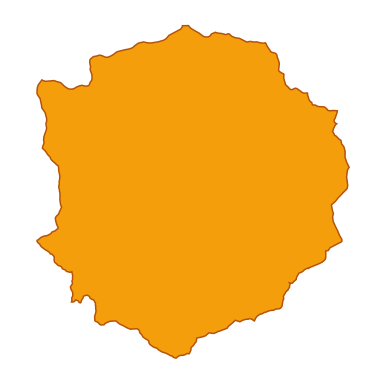 Tseza, Daga, Bhutan (Natural Earth projection), rotated 91°
{"feature_id": "84629894B57914849969567", "entity_name": "Tseza", "entity_type": "district", "adm_level": 2, "iso_a3": "BTN", "parent_name": "Bhutan", "parent_adm1": "Daga", "projection": "natural_earth1", "projection_center": [89.809, 27.158], "detail": "fine", "context": "isolated", "style": "filled", "palette": "amber", "viewbox_px": 384, "rotation_deg": 91, "n_neighbors": 0, "source": "geoboundaries", "source_scale": "gbopen_adm2", "svg_char_len": 5912}
<svg xmlns="http://www.w3.org/2000/svg" viewBox="0 0 384 384"><g transform="rotate(91 192 192)"><path d="M57.7,289.6L58.3,292.7L58.7,293.4L61.2,296.2L63.7,296.6L67.1,296.0L68.6,295.5L70.5,296.0L72.1,295.8L76.4,294.1L77.7,294.1L79.2,293.9L82.0,294.2L84.1,295.7L87.0,296.8L87.7,297.9L88.0,299.2L87.8,301.6L87.2,304.0L88.0,306.8L89.3,309.6L90.9,312.2L91.3,314.9L91.0,317.5L88.6,321.3L85.1,325.0L84.5,326.7L83.9,329.3L83.0,331.9L83.9,340.3L83.1,343.1L82.5,344.0L87.6,347.6L90.1,348.4L93.1,348.7L96.3,348.7L98.3,347.6L101.3,345.5L107.8,344.0L110.6,343.6L113.3,341.6L114.7,340.6L116.4,339.8L117.8,339.6L120.2,338.8L121.6,338.6L124.2,338.6L126.2,339.3L130.4,338.5L132.2,338.7L139.5,341.1L142.8,341.3L144.9,340.8L145.9,340.9L149.3,342.1L151.0,342.3L152.8,340.1L154.5,338.7L157.1,337.0L159.7,334.4L161.0,334.0L162.6,332.9L165.3,329.7L167.2,327.7L168.5,326.0L173.2,325.6L176.9,324.7L179.3,324.4L182.3,324.7L184.4,325.1L185.8,324.8L186.9,324.9L187.7,325.3L190.2,325.2L191.4,324.8L192.9,324.5L193.9,324.5L195.4,324.0L200.6,323.9L201.9,324.0L207.4,323.1L209.3,322.1L216.6,325.2L218.7,327.3L220.4,328.2L223.2,327.8L227.2,326.6L228.8,325.7L230.1,325.2L230.8,325.3L232.1,327.0L233.1,328.0L234.5,331.3L236.0,332.4L237.3,334.5L238.3,336.7L238.6,339.0L239.9,342.0L242.7,345.3L243.0,346.0L244.0,346.1L245.8,344.8L246.8,343.3L248.3,342.6L249.7,341.3L252.2,337.8L254.2,334.3L255.2,333.3L256.1,332.8L256.5,332.1L256.6,330.9L258.8,328.9L259.6,328.6L260.7,328.7L262.8,328.6L264.3,328.3L264.9,327.8L265.8,326.6L267.8,324.6L268.2,323.0L269.0,321.3L271.0,320.2L271.6,318.9L272.1,317.3L273.0,316.7L273.7,315.8L273.9,314.3L274.4,313.0L274.2,311.5L273.8,310.8L278.0,309.8L279.7,310.0L281.4,309.9L281.9,310.0L283.1,310.5L285.0,310.0L285.6,310.0L286.4,310.3L288.4,311.6L289.0,311.8L289.5,311.8L291.6,311.2L293.0,310.3L294.6,309.6L296.4,309.4L297.6,309.5L298.4,309.5L299.3,310.1L300.2,310.4L302.6,310.2L304.1,310.6L304.1,309.3L303.7,307.9L303.3,307.4L302.9,307.1L302.3,307.0L302.0,306.7L302.0,306.2L302.3,305.2L302.8,304.1L303.3,303.5L304.2,303.1L304.5,302.8L304.8,301.7L304.5,301.3L304.1,301.0L302.9,300.8L301.4,300.2L300.7,299.6L299.9,299.1L298.2,298.7L297.8,298.2L297.3,296.4L296.9,295.6L297.7,293.5L298.3,292.8L298.8,292.5L299.7,292.2L300.0,291.9L300.5,291.1L301.1,290.2L301.5,288.6L301.9,288.3L303.1,287.6L304.3,286.8L305.2,286.6L305.6,286.6L307.7,286.5L308.1,286.2L308.6,286.2L309.8,286.3L311.3,286.1L311.8,285.9L312.5,285.9L314.6,286.2L318.1,287.2L322.3,286.9L322.6,286.6L323.2,285.7L323.7,284.2L324.0,283.8L325.7,282.2L326.2,281.6L326.5,280.7L326.5,279.6L326.3,277.6L324.8,276.4L323.6,273.9L322.7,271.8L322.6,270.3L322.3,267.7L322.4,265.6L324.8,262.8L325.9,260.7L326.7,258.8L329.3,253.8L330.4,250.7L329.9,249.2L330.0,247.8L329.7,245.2L330.1,243.6L331.6,242.2L333.7,241.7L335.9,239.5L336.8,239.1L337.9,238.4L339.8,235.7L340.9,233.4L341.9,232.7L344.0,232.2L345.1,231.5L347.4,228.3L348.3,226.3L348.6,224.6L350.4,222.7L352.5,219.1L353.6,215.3L355.2,212.0L356.0,210.8L356.4,208.7L357.5,207.9L358.3,205.8L358.2,204.6L356.9,203.5L356.2,202.4L355.5,200.3L355.5,198.2L354.5,195.4L353.5,194.4L353.9,192.2L352.2,191.2L350.0,190.3L348.5,190.3L347.4,190.0L345.5,188.0L344.1,187.1L342.8,186.4L342.5,185.7L340.7,185.0L338.0,184.8L336.5,178.5L335.5,175.9L334.0,174.3L332.5,172.4L332.5,171.6L332.8,170.4L333.1,168.0L332.1,165.4L330.9,163.3L330.5,161.7L327.6,154.5L325.5,153.1L322.3,149.3L319.5,146.5L320.9,141.8L319.3,139.0L318.2,135.3L318.3,133.8L317.6,132.3L318.1,130.0L319.7,127.8L319.8,127.3L317.3,126.3L315.1,124.8L312.8,121.4L312.7,120.1L311.3,117.8L310.6,115.4L309.7,113.5L309.1,111.4L308.8,108.3L308.2,107.4L307.5,105.6L307.3,103.1L306.7,101.5L304.6,100.0L298.9,99.2L297.2,98.4L294.5,98.8L291.0,96.7L290.2,96.5L288.9,95.0L288.5,94.5L287.0,93.8L285.6,92.8L284.2,92.8L281.8,92.3L281.2,92.8L281.6,91.3L281.3,89.9L279.5,88.3L277.7,86.3L276.4,86.1L275.1,85.8L273.5,84.9L271.4,83.8L270.5,81.7L269.6,80.0L267.5,77.9L266.9,76.6L265.8,74.1L266.2,73.9L265.5,73.1L261.5,63.8L259.8,60.5L257.3,57.8L255.7,57.2L251.9,57.1L250.2,57.2L249.1,57.4L248.6,57.2L248.6,56.8L248.1,54.7L245.7,53.3L244.8,52.1L243.5,49.5L242.6,48.0L239.4,42.0L238.4,41.2L236.5,41.4L233.5,43.4L228.3,45.7L224.3,47.8L218.8,50.4L214.1,51.0L211.2,50.2L207.6,51.4L202.4,52.4L198.9,48.5L195.2,45.7L185.9,37.0L182.7,36.4L174.3,37.7L167.1,36.9L164.6,35.3L159.6,37.9L154.6,39.6L148.8,39.6L144.5,40.8L143.1,41.7L141.4,43.2L137.7,44.0L136.3,46.3L133.7,48.7L132.7,50.5L131.5,50.9L129.1,52.5L128.4,52.1L126.4,51.7L122.6,49.9L121.5,48.9L121.3,48.5L120.5,49.9L119.3,51.0L117.5,51.2L116.0,50.3L112.2,49.0L110.1,48.4L108.3,48.1L108.1,50.2L108.1,53.1L108.4,55.2L108.1,57.4L106.3,58.9L104.8,60.8L104.4,63.0L104.5,64.6L104.4,66.6L104.1,68.1L103.3,69.5L102.9,70.5L102.9,72.6L102.2,73.3L101.4,73.6L100.3,73.9L99.9,74.6L99.0,75.8L96.9,76.9L95.0,77.4L93.3,78.1L91.6,78.1L90.9,78.6L91.2,80.7L91.1,82.1L90.6,83.5L89.0,85.6L86.7,89.0L86.4,90.7L87.9,93.7L87.9,94.6L87.4,96.0L85.9,97.2L83.1,100.3L76.8,102.2L75.3,102.3L72.8,102.1L72.2,102.7L71.3,104.7L70.4,106.0L70.1,106.7L69.4,107.3L67.9,107.5L63.3,107.0L61.5,107.0L57.5,108.3L56.2,109.0L53.0,109.7L51.8,111.1L50.9,114.7L50.2,115.7L47.0,118.0L44.4,119.7L42.4,120.6L41.5,121.4L41.9,122.7L41.9,124.9L40.7,130.4L41.0,132.2L40.4,136.4L40.8,138.6L41.1,139.8L37.5,147.4L37.3,149.3L37.0,151.5L35.5,155.2L34.4,156.2L33.2,157.8L33.2,158.9L33.9,160.4L34.0,161.7L33.6,162.6L33.1,164.7L32.8,167.1L32.7,168.7L32.4,170.0L31.9,171.5L33.6,175.2L34.3,175.8L35.5,176.5L36.2,177.6L36.7,178.6L36.7,181.2L36.6,182.2L35.8,183.9L33.0,187.7L31.2,191.1L30.2,192.8L29.4,194.3L28.5,195.8L27.1,197.3L25.7,198.4L25.9,204.5L27.5,204.8L29.3,206.1L35.8,217.8L38.4,219.9L39.4,220.9L40.8,223.1L42.4,228.3L43.8,235.9L43.6,239.2L42.8,243.1L43.3,245.0L43.6,246.4L44.4,248.8L45.6,250.2L46.9,252.1L48.2,253.1L49.2,254.8L50.2,257.8L50.9,261.4L53.0,269.1L53.8,270.4L56.1,273.2L57.8,276.3L58.8,278.7L58.6,281.3L57.1,284.7L56.8,287.0L57.7,289.6Z" fill="#f59e0b" stroke="#b45309" stroke-width="1.5"/></g></svg>